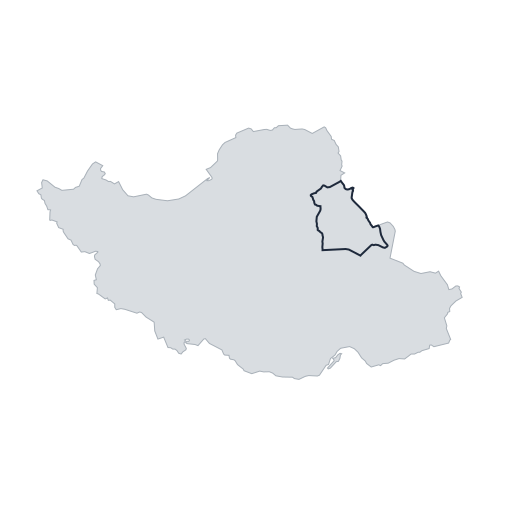 location of South Khorasan within Iran, rotated 332°
{"feature_id": "IRN-3244", "entity_name": "South Khorasan", "entity_type": "Province", "adm_level": 1, "iso_a3": "IRN", "parent_name": "Iran", "parent_adm1": "", "projection": "orthographic", "projection_center": [59.888, 32.335], "detail": "fine", "context": "in_parent", "style": "outline", "palette": "slate", "viewbox_px": 512, "rotation_deg": 332, "n_neighbors": 0, "source": "natural_earth", "source_scale": "10m", "svg_char_len": 5523}
<svg xmlns="http://www.w3.org/2000/svg" viewBox="0 0 512 512"><g transform="rotate(332 256 256)"><path d="M252.7,156.1L257.4,156.6L266.3,154.1L267.1,153.4L270.1,147.6L273.2,145.1L278.6,142.1L282.0,141.2L293.8,142.0L294.7,139.7L296.8,138.5L309.5,139.6L311.4,141.5L312.1,144.9L322.7,148.2L324.9,149.2L327.5,151.8L329.6,152.5L332.4,151.4L334.1,152.2L337.0,151.5L345.3,155.3L346.4,159.2L347.9,160.9L349.7,162.5L356.4,165.5L358.4,167.2L363.2,174.2L376.8,174.0L377.7,175.5L377.5,178.5L378.5,185.7L377.5,188.4L379.3,190.7L379.1,195.2L379.9,198.3L378.4,202.7L376.8,203.6L377.7,207.4L376.3,211.2L376.5,212.6L374.4,215.8L374.3,217.0L370.3,220.0L373.3,224.3L368.9,224.6L366.1,229.2L366.9,234.6L366.1,237.5L366.6,239.0L367.7,240.1L373.7,241.1L373.9,241.9L367.6,249.9L367.9,253.0L372.6,269.1L371.9,277.1L372.6,285.4L388.1,287.7L389.9,289.7L391.1,294.3L391.1,297.8L390.6,299.5L373.3,320.8L382.3,331.3L382.7,333.6L388.3,343.7L393.4,348.9L402.3,351.6L406.4,355.4L410.1,355.1L409.9,360.3L411.5,371.2L410.5,376.2L413.6,377.1L418.4,376.3L420.2,377.2L421.2,378.9L420.0,380.0L420.3,384.3L419.1,385.2L418.6,389.3L411.4,389.6L404.8,391.5L402.3,393.1L401.0,396.0L398.8,395.8L398.1,396.9L393.3,399.0L391.7,407.3L390.0,409.3L388.7,421.1L387.6,421.3L385.2,423.3L370.5,419.6L369.0,416.8L367.5,416.3L365.4,419.0L358.0,417.5L355.5,417.9L354.0,417.1L350.0,417.0L346.9,415.4L338.9,416.7L334.1,413.7L328.9,412.8L322.4,412.7L317.3,410.5L314.5,411.3L313.3,409.7L305.6,408.1L303.2,402.8L303.2,400.1L301.4,395.5L300.9,388.9L299.3,384.0L296.1,379.9L287.4,377.2L282.8,378.3L279.3,380.5L273.6,381.5L269.1,385.8L266.6,385.4L256.1,391.0L253.9,390.8L246.4,386.3L243.0,385.4L236.0,385.1L232.3,382.2L231.4,380.2L222.6,375.3L217.3,371.1L215.8,367.3L213.5,364.5L208.3,361.9L205.3,359.4L197.0,357.9L191.6,351.7L191.6,349.8L188.7,343.2L188.4,338.5L187.7,337.2L185.0,335.1L184.6,333.8L185.5,331.0L181.9,328.8L181.4,327.4L181.8,322.9L173.8,311.3L172.5,305.2L170.9,304.8L162.7,307.9L160.6,305.5L154.0,301.0L153.2,299.5L155.0,298.9L156.6,299.8L157.8,299.1L157.5,297.8L155.8,296.8L153.5,296.6L154.0,297.9L151.7,298.8L151.1,300.2L151.1,304.8L150.1,305.9L146.4,306.3L143.9,307.4L142.1,305.6L141.8,302.3L140.7,300.1L138.8,299.1L137.6,296.9L135.3,295.5L136.4,284.3L130.4,283.3L131.4,274.7L135.0,266.6L130.2,258.2L128.4,252.1L126.9,250.8L124.0,250.6L115.2,241.5L112.0,239.0L107.4,237.8L107.2,235.0L108.8,232.0L107.1,227.8L106.6,226.5L104.8,225.8L105.2,223.3L102.7,223.1L99.0,215.5L97.9,214.4L101.1,209.5L99.9,204.9L101.5,201.5L103.9,202.0L105.2,197.3L110.1,192.9L114.1,191.3L114.6,189.8L114.3,187.1L112.4,183.4L113.1,180.7L114.0,179.4L118.1,178.4L118.4,177.8L116.7,176.5L110.1,175.6L106.9,171.8L103.6,170.5L102.7,162.9L102.2,162.0L100.7,161.5L99.9,160.0L100.1,155.1L98.1,152.6L97.3,145.1L97.4,143.4L98.3,141.9L95.1,138.3L95.4,133.5L96.4,132.5L92.7,128.4L90.9,127.9L90.8,127.3L94.8,120.4L96.3,118.8L94.0,117.4L94.6,113.7L94.4,110.6L95.2,107.7L93.9,105.4L93.7,104.1L94.8,100.9L93.5,99.1L93.2,95.6L99.2,95.6L101.2,90.5L103.7,88.7L106.9,91.7L110.8,100.9L113.5,103.8L115.4,106.9L126.3,111.4L128.8,110.7L132.7,111.4L138.3,106.8L140.6,106.4L147.1,101.9L154.8,98.0L158.6,97.6L163.1,104.3L159.8,105.8L159.1,107.3L159.3,108.8L161.5,110.6L161.6,112.4L160.6,113.1L157.4,113.7L156.2,115.3L159.3,118.5L160.7,121.0L162.5,121.8L164.9,125.9L169.6,125.8L169.4,134.9L171.2,142.7L175.7,146.3L188.3,150.0L189.6,151.6L191.3,155.8L194.3,159.0L203.8,165.7L214.6,169.4L222.0,169.8L249.6,164.9L252.1,165.0L248.0,166.4L249.5,167.3L252.9,167.5L253.8,166.8L254.0,165.7L252.7,156.1ZM284.0,383.1L282.1,385.7L279.3,387.7L277.3,387.0L269.0,389.9L266.8,389.6L266.5,388.5L275.7,385.2L276.1,384.2L275.7,382.3L278.5,383.2L281.8,381.7L284.5,381.4L285.7,382.5L284.0,383.1Z" fill="#d9dde1" stroke="#a8b0b8" stroke-width="1"/><path d="M366.1,229.5L366.3,231.3L366.9,234.6L366.8,235.5L366.3,236.8L366.1,237.5L366.6,239.0L367.7,240.1L369.2,240.7L370.6,240.8L371.9,240.7L372.6,240.8L373.3,240.9L373.5,241.1L373.8,241.4L374.0,241.7L373.8,242.0L373.6,242.1L372.7,242.1L372.4,242.3L372.4,242.6L372.4,243.0L372.5,243.4L372.4,243.8L372.2,244.1L371.6,244.4L371.1,244.9L370.4,245.8L369.5,247.1L368.5,248.4L367.7,249.6L367.6,249.9L367.6,251.6L367.9,253.0L368.4,254.8L369.0,256.8L369.7,259.0L370.4,261.3L371.1,263.8L372.0,266.8L372.6,269.1L372.6,270.9L372.4,272.6L372.3,272.9L371.8,273.6L371.6,273.9L371.7,274.0L371.9,274.1L372.0,274.2L371.8,274.7L371.9,274.9L371.9,275.2L372.0,275.4L372.1,275.9L371.9,277.2L372.0,278.2L372.3,280.2L372.0,281.8L372.1,282.4L372.4,283.4L372.6,285.4L373.2,285.7L375.1,285.9L378.2,286.4L378.6,287.6L378.3,290.2L377.2,293.1L376.3,296.3L376.0,301.9L376.1,303.6L377.1,307.8L377.1,308.5L376.8,308.9L376.1,309.2L373.6,309.3L372.1,308.0L369.1,303.8L366.8,302.1L365.1,301.7L364.6,301.3L364.0,300.6L363.0,300.5L349.0,304.4L348.4,304.7L341.0,293.9L338.4,291.9L317.5,282.1L317.8,281.6L318.8,279.2L320.7,276.3L321.4,274.4L323.9,271.1L324.2,270.1L324.4,269.1L324.9,267.9L324.9,266.7L324.2,265.5L323.7,264.2L323.7,263.6L323.1,263.0L322.9,262.5L322.7,262.0L323.1,261.2L323.6,260.4L323.7,259.8L323.7,258.1L324.1,257.5L324.9,256.2L325.6,253.7L328.1,249.9L333.9,246.2L334.7,245.4L335.6,243.9L335.7,243.3L336.3,242.3L333.6,240.3L333.4,239.7L333.2,239.1L332.8,238.8L332.3,238.3L332.3,237.4L332.5,236.2L333.0,235.1L333.1,234.2L332.9,233.3L333.3,231.7L333.5,230.2L332.8,229.1L332.7,228.5L333.0,227.9L334.0,227.6L336.8,227.9L338.6,228.5L339.1,228.2L339.6,227.6L345.0,226.9L346.6,225.9L348.5,225.2L349.5,226.0L351.2,228.9L353.6,229.8L364.7,229.7L366.1,229.5L366.1,229.5Z" fill="none" stroke="#1e293b" stroke-width="2"/></g></svg>